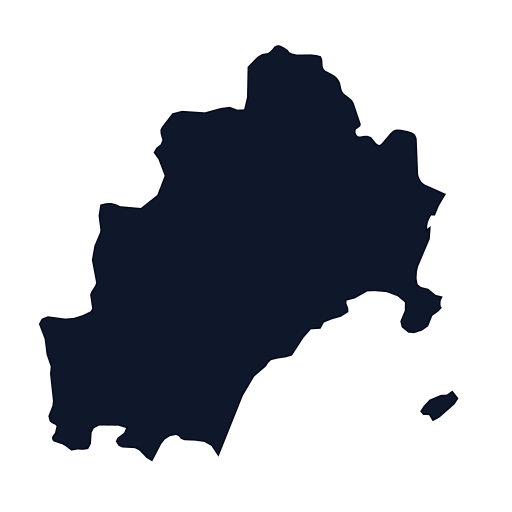 the Province of Grosseto, rotated 274°
{"feature_id": "ITA-5379", "entity_name": "Grosseto", "entity_type": "Province", "adm_level": 1, "iso_a3": "ITA", "parent_name": "Italy", "parent_adm1": "", "projection": "natural_earth1", "projection_center": [11.272, 42.756], "detail": "fine", "context": "isolated", "style": "filled", "palette": "ink", "viewbox_px": 512, "rotation_deg": 274, "n_neighbors": 0, "source": "natural_earth", "source_scale": "10m", "svg_char_len": 2909}
<svg xmlns="http://www.w3.org/2000/svg" viewBox="0 0 512 512"><g transform="rotate(274 256 256)"><path d="M330.7,440.1L318.9,434.2L309.5,431.1L309.5,427.5L305.9,425.7L302.0,424.4L297.8,423.9L293.5,424.2L296.4,427.5L285.2,427.4L256.9,417.7L251.7,416.9L244.7,417.0L238.5,418.6L235.9,422.4L234.6,429.9L229.0,437.7L228.0,444.0L224.5,442.6L220.7,442.6L217.9,443.3L217.3,444.0L214.2,441.6L209.1,435.4L198.4,432.0L193.8,426.4L190.8,418.9L190.9,413.5L195.5,407.0L200.9,405.3L211.9,409.0L220.5,408.5L226.4,400.4L229.8,388.9L230.0,377.1L229.2,369.3L221.2,357.1L218.3,348.5L214.5,348.9L210.2,350.9L206.9,351.3L202.0,344.6L198.7,335.5L194.9,327.8L188.6,324.9L187.4,315.5L178.1,308.4L159.8,298.3L157.7,292.5L156.0,284.7L153.8,277.8L150.5,274.9L147.1,273.1L136.1,262.0L115.9,251.9L54.8,232.3L64.1,225.2L67.7,217.5L68.3,208.3L68.0,197.3L69.2,194.0L71.5,191.9L72.7,188.7L70.9,182.3L67.3,177.4L62.4,174.0L44.9,166.4L47.6,161.2L54.5,153.6L56.6,148.6L56.4,136.2L57.7,132.6L61.4,129.9L64.6,131.1L70.0,137.4L75.8,139.4L77.9,130.8L76.7,111.1L73.3,105.6L68.4,103.6L57.4,103.7L52.4,101.5L51.3,96.9L51.3,91.2L49.8,85.6L53.8,79.4L55.3,76.2L57.5,67.7L58.6,66.4L60.5,65.9L61.7,66.2L65.3,68.5L72.6,69.7L74.1,68.3L75.8,64.2L77.0,62.4L81.8,60.8L92.4,64.1L97.4,64.3L124.1,59.5L131.5,59.7L143.2,54.7L158.8,51.6L173.0,45.0L177.9,47.1L180.6,52.7L179.5,70.3L180.9,79.0L184.1,87.2L188.8,95.5L192.0,97.0L205.8,94.0L208.9,95.0L215.0,98.3L218.1,99.2L240.6,93.3L254.8,94.8L268.5,99.5L271.2,99.7L285.2,96.9L295.9,97.8L297.5,103.0L298.0,107.7L297.3,112.1L295.5,116.8L295.1,138.1L309.6,153.9L329.7,160.1L346.1,152.5L352.1,147.5L356.5,149.6L360.3,153.8L365.0,155.3L371.7,153.0L375.1,152.6L377.9,153.8L391.9,163.1L394.9,172.2L395.0,195.2L400.5,210.8L402.2,219.4L399.9,227.2L400.8,234.6L413.9,236.7L443.8,235.2L454.0,243.8L455.4,245.7L457.2,248.3L458.6,253.9L460.2,256.1L462.3,258.0L465.6,260.3L466.8,262.2L467.1,264.3L466.6,266.0L465.2,269.3L463.6,272.2L462.5,273.4L461.1,274.3L459.8,277.5L459.0,282.6L460.2,296.7L459.9,302.6L459.1,306.3L457.6,307.1L456.0,307.7L450.0,308.5L448.5,309.0L447.3,309.6L446.5,310.2L445.5,311.2L444.8,312.5L441.6,319.7L440.5,321.7L439.3,323.3L436.9,325.5L434.1,327.1L427.1,329.2L425.3,330.2L423.5,331.9L418.6,339.1L417.6,340.3L416.3,341.3L414.8,342.2L395.4,350.3L394.0,350.6L392.7,349.9L389.8,346.3L388.0,345.8L385.8,345.9L383.0,347.4L381.8,349.1L381.6,351.0L381.9,352.7L382.4,354.4L382.8,356.5L382.9,358.7L382.0,362.1L376.3,367.4L374.9,369.6L374.5,371.6L375.4,372.9L376.6,374.1L387.3,382.0L389.6,384.2L390.6,385.5L391.3,388.0L391.3,391.7L390.4,398.9L389.5,402.4L388.3,404.8L387.1,405.9L385.5,406.8L383.9,407.4L348.6,411.3L346.6,411.9L344.4,413.0L341.1,415.2L339.6,417.0L338.5,418.8L330.7,440.0L330.7,440.1ZM117.5,434.2L124.3,439.7L129.6,450.3L130.4,456.5L134.4,461.2L128.0,467.0L122.5,463.9L108.3,449.9L104.5,444.0L110.1,440.1L109.9,434.1L112.6,431.5L117.5,434.2Z" fill="#0f172a" stroke="#020617" stroke-width="1.5"/></g></svg>